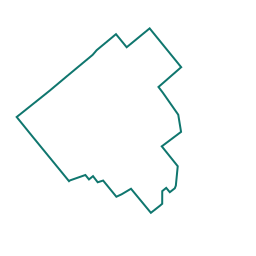 Bibb, Alabama, United States of America (Equal Earth projection), rotated 141°
{"feature_id": "52423323B3928006362996", "entity_name": "Bibb", "entity_type": "district", "adm_level": 2, "iso_a3": "USA", "parent_name": "United States of America", "parent_adm1": "Alabama", "projection": "equal_earth", "projection_center": [-87.112, 33.039], "detail": "fine", "context": "isolated", "style": "outline", "palette": "teal", "viewbox_px": 256, "rotation_deg": 141, "n_neighbors": 0, "source": "geoboundaries", "source_scale": "gbopen_adm2", "svg_char_len": 575}
<svg xmlns="http://www.w3.org/2000/svg" viewBox="0 0 256 256"><g transform="rotate(141 128 128)"><path d="M48.4,141.8L48.5,191.8L78.2,191.6L78.3,208.5L103.4,208.2L109.4,207.1L142.8,206.7L165.9,206.3L207.6,206.6L207.6,202.1L207.6,181.2L207.3,123.8L206.1,123.8L190.7,118.3L190.7,112.6L185.5,112.6L185.7,104.9L180.4,102.8L180.3,81.9L174.7,80.5L163.9,78.9L163.6,47.7L152.2,47.5L149.1,47.6L141.1,57.4L136.0,57.4L135.9,51.8L129.6,51.7L127.1,53.1L113.4,67.0L113.3,92.5L89.2,91.6L80.6,106.7L78.7,133.6L78.5,140.7L48.4,141.8Z" fill="none" stroke="#0f766e" stroke-width="2"/></g></svg>